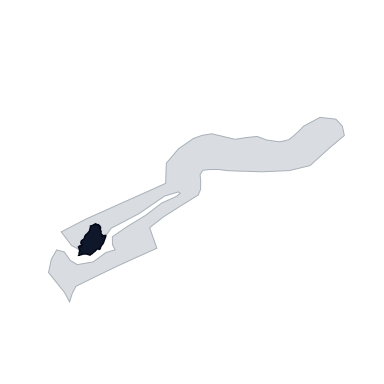 Upper Niumi, North Bank, Gambia shown in context, rotated 335°
{"feature_id": "56634734B28238259284132", "entity_name": "Upper Niumi", "entity_type": "district", "adm_level": 2, "iso_a3": "GMB", "parent_name": "Gambia", "parent_adm1": "North Bank", "projection": "natural_earth1", "projection_center": [-16.326, 13.431], "detail": "fine", "context": "in_parent", "style": "filled", "palette": "ink", "viewbox_px": 384, "rotation_deg": 335, "n_neighbors": 0, "source": "geoboundaries", "source_scale": "gbopen_adm2", "svg_char_len": 3694}
<svg xmlns="http://www.w3.org/2000/svg" viewBox="0 0 384 384"><g transform="rotate(335 192 192)"><path d="M56.6,172.9L84.4,171.7L118.0,172.2L154.6,172.8L171.8,173.0L180.9,155.0L198.1,147.1L215.7,144.1L224.9,144.9L234.6,147.6L253.2,162.4L264.8,165.8L274.6,169.2L281.6,176.4L292.7,183.6L301.5,185.5L306.7,184.4L315.3,181.7L321.0,179.5L339.6,178.5L353.2,186.8L356.1,195.9L353.9,205.2L335.5,210.1L310.2,217.9L289.2,213.7L263.6,203.1L248.7,195.5L242.4,192.4L233.1,187.6L224.9,182.4L217.1,179.0L211.1,176.9L206.7,179.6L204.4,186.0L200.9,193.2L196.3,197.4L174.9,199.9L155.7,202.5L145.4,204.8L138.5,206.5L136.4,228.1L114.6,227.8L93.2,227.6L71.0,227.9L47.2,228.4L41.1,232.8L34.6,239.9L34.0,229.1L27.9,204.4L36.0,193.6L44.9,187.3L50.9,192.4L52.7,202.4L57.3,209.3L72.9,213.6L88.5,210.5L97.9,211.9L97.6,206.3L100.9,198.9L119.7,195.8L139.6,193.6L160.0,189.2L176.1,189.4L180.9,188.1L179.7,186.2L165.3,184.1L134.6,189.2L103.4,190.7L79.7,204.1L70.0,202.9L60.2,189.5L56.6,172.9Z" fill="#d9dde1" stroke="#a8b0b8" stroke-width="1"/><path d="M85.6,179.9L85.4,180.4L85.3,180.6L85.0,181.0L84.9,181.1L84.6,181.6L83.8,182.5L83.0,183.5L82.6,183.9L82.5,184.1L80.9,184.8L79.3,185.6L77.9,185.8L76.3,186.8L75.9,187.2L75.8,187.3L75.6,187.5L75.0,188.3L74.8,188.5L73.4,189.2L73.1,189.2L72.9,189.2L71.4,189.4L70.7,190.0L70.0,190.7L69.6,191.9L69.8,193.2L70.0,193.7L69.9,193.9L69.6,194.1L69.3,194.1L69.1,194.0L68.6,194.5L68.4,194.3L68.1,194.5L68.0,194.2L68.1,193.7L67.9,193.6L67.8,193.4L67.5,193.4L67.5,193.7L67.3,193.7L67.1,193.6L66.9,193.5L66.4,193.8L65.9,193.8L65.8,194.2L65.8,195.4L65.7,196.0L65.6,197.2L65.3,197.6L65.4,198.0L65.2,198.0L64.9,198.5L64.3,199.1L63.8,199.6L63.7,200.2L63.6,200.5L63.0,201.2L62.6,201.5L63.1,201.7L63.3,201.8L63.7,201.7L63.9,201.7L64.7,201.9L65.3,202.0L65.6,202.1L66.2,202.0L66.5,202.2L66.9,202.2L67.1,202.3L67.7,202.4L68.1,202.6L68.4,202.7L68.9,203.1L69.3,203.1L69.9,203.4L70.0,203.5L70.5,203.9L70.7,204.1L70.9,204.3L71.1,204.4L71.4,204.6L71.6,204.9L71.9,205.2L72.3,205.5L72.5,205.7L72.7,205.9L73.0,206.0L73.3,206.1L73.6,205.8L74.0,205.8L74.5,205.7L75.4,205.7L75.9,205.4L76.0,205.5L76.2,205.4L76.4,205.2L77.1,205.1L77.3,205.0L77.5,205.0L77.8,204.9L79.1,204.6L79.4,204.6L79.5,204.4L79.8,204.3L80.0,204.3L80.1,204.2L80.6,204.0L81.2,203.8L81.5,203.6L82.3,203.7L83.1,204.0L83.6,204.7L83.6,204.8L84.2,204.9L84.9,204.3L85.2,204.2L85.3,203.8L86.2,203.1L87.2,202.3L87.3,202.2L88.9,201.5L89.3,201.3L90.7,200.2L90.8,200.0L91.0,199.9L91.3,199.6L91.5,199.3L95.0,195.9L95.4,194.9L95.1,194.8L94.9,194.6L94.6,194.6L94.3,194.6L94.2,194.5L93.8,194.4L93.5,194.2L93.3,194.1L93.1,194.1L92.7,194.1L92.4,194.2L92.1,194.4L91.8,194.7L91.7,194.7L91.4,194.5L91.5,194.3L91.4,194.1L91.6,194.0L91.8,194.1L92.3,193.9L92.6,193.5L92.6,193.4L92.5,193.1L92.5,192.9L92.3,192.6L92.2,192.5L92.0,192.0L92.1,191.9L92.0,191.7L92.2,190.5L92.3,190.4L92.3,190.0L92.4,189.9L92.8,189.5L92.8,189.4L93.0,189.1L93.0,188.7L92.9,188.6L92.8,188.3L92.8,187.9L92.8,187.7L92.9,187.4L93.1,187.2L93.4,186.7L93.5,186.5L93.4,186.2L93.5,186.2L93.9,186.0L93.9,185.9L94.1,185.7L94.0,185.3L94.1,185.2L94.2,184.7L94.2,184.3L94.0,183.8L93.8,183.6L93.6,183.6L93.4,183.9L93.4,184.0L93.2,184.0L93.2,183.9L93.0,183.6L92.9,183.4L93.0,183.1L93.1,182.9L93.2,183.0L93.3,183.4L93.5,183.4L93.7,183.1L93.5,182.3L93.4,182.1L93.0,181.9L93.0,182.0L92.9,182.3L92.7,182.3L92.6,182.2L92.8,182.0L92.8,181.8L92.6,181.8L92.4,181.7L92.2,181.7L92.0,181.4L91.9,181.1L91.7,181.0L91.6,180.9L91.5,180.7L91.5,180.4L91.3,180.2L91.1,180.2L91.0,180.3L90.9,180.3L90.8,180.6L90.7,180.7L90.4,180.5L90.4,180.2L90.1,180.4L89.7,180.2L89.1,180.1L88.3,180.2L88.2,180.2L87.6,180.3L87.3,180.3L86.7,180.1L86.2,180.1L85.7,179.9L85.6,179.9Z" fill="#0f172a" stroke="#020617" stroke-width="1.5"/></g></svg>